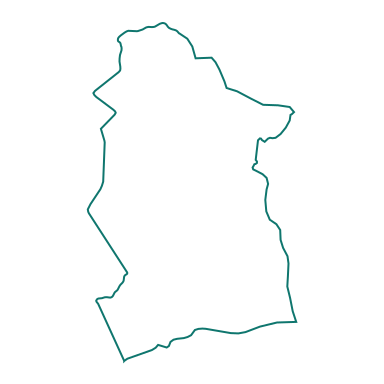 SVG path tracing the border of Mandoul
{"feature_id": "TCD-1488", "entity_name": "Mandoul", "entity_type": "Prefecture", "adm_level": 1, "iso_a3": "TCD", "parent_name": "Chad", "parent_adm1": "", "projection": "orthographic", "projection_center": [17.512, 8.727], "detail": "fine", "context": "isolated", "style": "outline", "palette": "teal", "viewbox_px": 384, "rotation_deg": 0, "n_neighbors": 0, "source": "natural_earth", "source_scale": "10m", "svg_char_len": 2300}
<svg xmlns="http://www.w3.org/2000/svg" viewBox="0 0 384 384"><path d="M296.2,321.9L277.0,322.5L260.0,326.6L245.5,332.1L238.4,333.4L230.8,333.1L205.7,328.8L202.4,328.6L198.4,328.9L194.9,330.0L191.1,335.2L187.6,337.0L183.8,338.1L177.2,338.8L173.5,339.7L170.5,341.9L168.9,346.0L166.7,347.5L158.1,344.9L155.7,347.7L152.0,350.0L127.4,358.7L124.4,360.8L124.2,361.0L124.2,360.9L98.2,303.9L97.6,303.1L97.0,302.4L96.5,301.7L96.2,300.8L96.8,299.6L97.5,298.9L98.6,298.5L101.9,298.2L104.7,297.3L105.8,297.2L107.0,297.2L109.2,297.5L110.3,297.6L111.3,297.3L112.0,296.9L112.7,296.2L113.2,295.4L114.5,292.8L115.0,292.1L117.1,290.4L117.7,289.7L119.4,286.3L120.4,284.8L121.7,283.5L122.3,282.9L122.9,282.1L123.4,281.3L123.7,280.3L124.1,276.9L124.5,275.9L125.1,275.2L125.8,274.7L126.6,274.3L127.2,273.6L127.2,272.5L88.9,213.3L88.2,211.7L87.8,209.4L90.5,204.1L100.4,189.2L101.9,185.8L103.2,181.6L104.7,142.4L104.4,140.6L100.9,128.8L114.7,114.6L115.7,112.8L115.1,111.4L113.3,109.7L96.3,97.0L94.4,95.1L93.4,93.1L95.0,90.9L118.7,72.1L120.1,70.5L120.4,68.8L120.3,66.6L119.5,61.5L119.6,58.4L120.0,55.0L121.5,50.3L121.6,48.2L121.4,46.8L121.0,46.0L120.6,43.9L120.3,43.0L119.7,42.3L118.2,41.3L117.9,40.4L117.9,39.3L118.1,38.3L119.1,36.9L120.8,35.4L124.6,32.6L126.6,31.4L128.3,30.8L136.7,31.2L137.8,31.1L142.6,29.5L145.2,28.0L146.3,27.4L147.5,27.1L148.5,26.9L152.0,27.1L154.0,26.9L154.7,26.7L155.2,26.5L159.8,23.8L161.6,23.2L162.6,23.0L163.7,23.1L164.7,23.4L165.6,23.9L166.2,24.5L166.8,25.2L167.8,26.7L168.4,27.3L169.0,27.9L170.8,28.8L172.5,29.4L173.9,29.7L175.8,30.3L176.6,30.8L177.3,31.3L179.0,33.3L179.5,33.5L187.3,38.7L192.3,46.5L195.6,58.3L211.6,57.7L215.5,62.2L219.4,69.5L224.4,81.3L226.6,88.0L237.1,91.3L250.9,98.6L263.1,104.8L278.0,105.3L289.7,107.0L294.0,112.1L291.9,114.1L290.5,114.9L289.7,120.5L285.8,127.6L280.6,134.0L275.6,137.8L272.5,138.2L270.0,137.8L268.0,138.6L264.7,141.8L262.0,140.1L261.0,138.6L259.9,138.4L258.0,140.3L255.7,159.9L256.6,161.0L257.0,161.7L256.9,163.0L255.5,164.0L254.4,164.2L253.5,166.0L252.6,167.5L253.2,169.4L256.1,170.8L262.6,174.2L266.6,177.9L268.1,183.9L266.6,189.4L265.3,199.9L266.3,211.4L269.8,219.7L276.4,224.2L280.2,230.0L280.6,239.9L283.1,247.9L287.5,256.2L288.5,263.5L287.9,276.3L287.3,286.5L290.1,298.0L292.7,311.2L296.2,321.9Z" fill="none" stroke="#0f766e" stroke-width="2"/></svg>